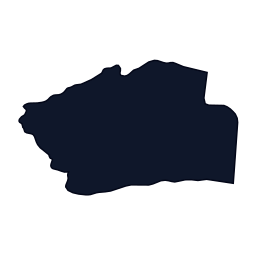 Bukidnon, Natural Earth projection, rotated 93°
{"feature_id": "PHL-2589", "entity_name": "Bukidnon", "entity_type": "Province", "adm_level": 1, "iso_a3": "PHL", "parent_name": "Philippines", "parent_adm1": "", "projection": "natural_earth1", "projection_center": [125.004, 7.993], "detail": "fine", "context": "isolated", "style": "filled", "palette": "ink", "viewbox_px": 256, "rotation_deg": 93, "n_neighbors": 0, "source": "natural_earth", "source_scale": "10m", "svg_char_len": 1852}
<svg xmlns="http://www.w3.org/2000/svg" viewBox="0 0 256 256"><g transform="rotate(93 128 128)"><path d="M163.7,19.7L177.7,20.0L175.1,46.8L176.7,55.4L176.3,61.9L176.7,68.2L178.5,74.9L179.4,78.5L179.1,81.7L178.5,84.7L178.2,88.1L178.9,92.4L182.5,100.2L183.8,104.3L184.6,121.9L186.0,127.2L191.8,142.1L192.9,147.5L193.7,153.5L194.3,156.2L196.4,162.0L196.8,164.4L196.9,166.8L196.5,173.9L195.5,179.6L193.4,184.6L190.1,187.1L188.3,187.0L183.9,185.5L181.9,185.1L180.2,185.3L178.7,185.7L177.1,185.7L175.0,185.0L175.3,189.2L174.5,192.5L173.5,195.8L172.7,199.9L172.3,201.3L171.5,202.2L171.5,202.3L170.4,202.9L169.2,203.1L167.9,202.9L164.5,202.0L163.6,201.8L162.9,202.3L162.5,203.1L162.3,203.8L161.9,204.3L160.6,205.0L159.3,205.5L159.1,205.2L152.3,214.6L149.3,217.3L146.6,218.8L141.4,220.9L139.5,222.4L138.8,224.2L138.1,228.9L137.1,230.9L135.2,231.6L133.4,232.3L133.0,233.0L132.9,233.0L129.6,234.0L128.6,235.2L127.9,236.5L126.7,237.2L125.0,236.9L122.4,234.9L120.3,231.9L117.2,230.6L116.0,230.3L114.8,230.7L113.6,232.2L112.0,233.6L110.5,232.5L109.3,230.4L108.6,228.6L108.3,226.6L107.8,219.8L106.9,215.3L106.2,213.0L105.2,211.0L103.6,209.1L102.2,208.0L100.8,206.6L99.3,204.2L98.9,202.6L98.5,199.0L97.9,197.1L97.1,195.7L96.2,194.5L95.1,193.4L91.8,191.0L91.1,189.9L90.8,188.6L90.0,186.6L88.1,183.5L87.7,182.2L86.8,177.2L81.7,167.2L74.8,157.3L73.8,156.7L71.3,155.7L70.2,154.6L69.6,152.9L69.3,151.1L69.2,149.3L68.9,147.9L66.0,143.0L66.0,140.9L67.6,139.7L68.9,138.7L71.1,138.6L73.7,139.0L75.8,138.1L76.4,134.0L75.6,131.6L74.0,129.4L70.0,125.4L67.8,120.1L61.0,110.7L59.1,105.2L59.2,102.0L60.8,96.2L61.3,93.2L61.1,91.2L60.5,89.0L60.3,86.5L61.1,83.8L63.9,75.9L68.4,51.9L68.5,51.9L94.2,53.8L99.8,52.2L101.0,48.5L100.5,33.4L101.7,30.1L103.7,26.8L106.2,23.9L108.5,21.6L112.5,19.5L116.7,18.8L163.7,19.7L163.7,19.7Z" fill="#0f172a" stroke="#020617" stroke-width="1.5"/></g></svg>